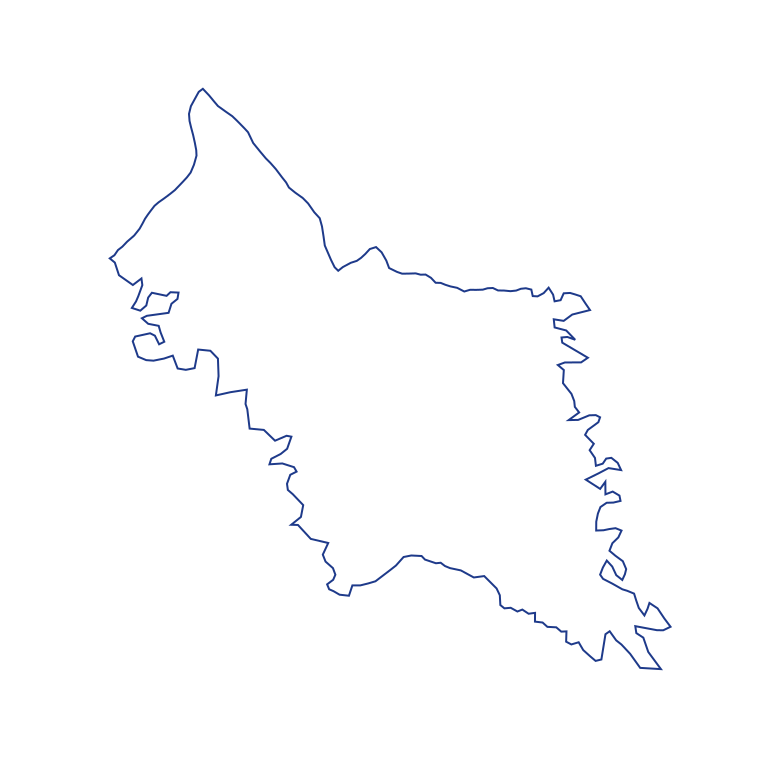 outline of Sananduva, Rio Grande do Sul, Brazil, rotated 174°
{"feature_id": "56859067B37086041685825", "entity_name": "Sananduva", "entity_type": "district", "adm_level": 2, "iso_a3": "BRA", "parent_name": "Brazil", "parent_adm1": "Rio Grande do Sul", "projection": "orthographic", "projection_center": [-51.812, -27.963], "detail": "fine", "context": "isolated", "style": "outline", "palette": "blue", "viewbox_px": 768, "rotation_deg": 174, "n_neighbors": 0, "source": "geoboundaries", "source_scale": "gbopen_adm2", "svg_char_len": 3998}
<svg xmlns="http://www.w3.org/2000/svg" viewBox="0 0 768 768"><g transform="rotate(174 384 384)"><path d="M441.0,177.1L436.5,187.0L428.5,186.2L420.6,187.3L413.1,188.7L397.0,198.5L391.1,202.2L382.6,209.9L374.8,210.6L364.6,209.0L361.6,205.1L351.1,200.3L346.3,200.3L342.4,196.6L337.6,194.0L327.1,190.6L314.9,182.2L304.4,182.5L293.4,168.9L290.9,161.8L291.4,152.0L287.7,148.3L281.4,148.2L275.1,143.8L270.0,145.2L264.2,140.4L257.7,140.6L258.7,131.9L251.2,130.2L246.9,125.4L238.1,124.0L233.6,119.2L228.4,118.9L229.8,108.7L224.9,105.4L217.4,106.8L213.7,98.6L207.3,91.5L202.5,86.5L196.6,87.3L189.9,112.0L185.4,114.5L179.9,104.8L175.1,100.1L167.4,89.9L158.9,74.9L138.4,71.5L149.2,89.9L152.6,104.6L159.1,109.9L159.4,116.9L138.2,110.6L132.0,109.9L124.4,112.6L129.7,121.5L135.4,132.3L142.9,138.5L145.4,132.9L149.2,126.6L154.0,134.6L155.8,142.4L157.2,149.4L163.7,152.9L168.4,154.9L174.0,158.9L177.8,161.6L182.2,164.5L186.5,167.3L189.0,171.8L185.5,178.6L180.9,185.1L176.1,178.6L173.0,169.6L167.5,164.2L164.3,169.6L162.5,174.6L165.0,182.8L171.8,189.0L177.2,194.6L173.5,201.8L167.0,206.9L163.1,213.4L168.8,216.4L175.0,216.2L181.0,215.6L188.3,216.1L187.3,224.9L184.8,232.8L181.6,239.0L175.0,242.6L168.3,242.1L161.0,243.0L161.5,248.4L167.8,253.1L175.3,251.1L174.1,263.6L180.0,257.1L193.3,267.8L180.0,272.7L169.5,276.9L157.2,273.6L159.8,281.1L165.6,286.8L170.8,286.6L174.8,281.9L181.8,280.5L181.9,288.4L186.4,296.7L181.6,302.6L189.3,312.4L186.1,317.0L174.8,323.6L172.6,328.3L176.6,330.9L183.1,331.4L194.6,328.0L204.1,328.8L192.9,335.3L196.6,341.3L196.6,347.2L198.6,354.6L205.9,366.1L203.7,379.1L209.1,384.7L201.9,386.5L185.7,384.9L178.5,388.8L202.4,406.5L202.6,411.7L196.7,411.6L189.2,408.0L197.2,418.2L208.4,422.4L208.4,430.6L198.7,428.0L189.5,433.4L171.4,436.0L175.2,443.0L179.2,450.7L184.8,453.2L189.4,455.1L195.8,455.4L199.6,448.9L205.7,448.4L206.5,455.2L210.2,462.6L215.7,457.7L222.1,455.1L226.9,455.9L227.6,462.5L232.9,464.4L237.9,464.4L242.8,463.1L248.5,463.1L254.9,464.4L260.8,465.1L265.7,468.1L271.0,468.4L275.9,467.5L282.6,468.0L288.5,468.7L294.5,467.6L301.2,472.0L307.7,474.1L312.7,476.3L317.0,478.6L322.1,479.3L326.2,484.7L331.2,488.5L336.2,488.9L340.9,490.7L347.6,491.2L354.4,491.8L359.3,494.1L366.8,498.8L368.8,506.5L372.6,515.2L377.6,521.0L384.0,519.7L389.1,515.2L393.7,511.8L398.2,509.3L404.4,508.0L412.7,504.6L417.7,501.4L420.9,505.3L423.7,512.9L428.4,527.9L428.7,537.0L429.2,547.2L430.6,555.6L435.4,562.1L440.6,571.5L445.3,577.4L452.3,583.6L458.0,589.3L460.3,594.7L463.8,600.2L469.1,609.0L473.7,615.5L477.9,620.7L482.7,627.8L488.9,637.3L492.9,648.6L496.1,652.9L502.6,661.1L506.9,666.2L512.8,671.3L520.1,677.8L523.5,682.8L527.8,689.3L533.3,696.5L537.7,693.9L540.5,689.9L547.0,680.5L549.7,673.0L549.9,665.9L549.0,659.1L547.8,651.5L546.9,643.6L546.3,636.2L546.6,630.7L550.1,621.9L554.2,614.5L558.5,610.0L563.3,605.8L571.7,598.7L577.0,595.3L583.2,591.6L589.1,588.3L593.6,585.2L597.6,581.0L601.1,577.2L604.4,573.3L607.4,568.8L610.8,564.0L616.9,557.8L624.6,552.4L629.9,547.9L634.6,545.0L638.6,540.3L643.6,537.6L639.0,532.9L636.2,519.9L623.4,508.7L614.2,514.3L614.0,507.6L619.2,497.0L622.0,492.0L626.8,486.0L618.7,482.4L612.2,486.9L609.5,494.6L605.3,499.0L591.0,494.4L586.8,497.6L578.8,496.4L580.5,490.2L587.0,486.0L590.8,477.3L612.7,476.6L617.9,474.7L612.2,468.5L602.0,465.4L600.8,458.7L598.1,449.0L603.5,447.0L606.8,456.0L611.3,458.9L626.5,457.2L629.4,452.7L625.8,436.9L618.0,432.6L610.8,431.3L600.1,432.3L591.1,434.3L587.6,421.0L579.6,418.8L570.7,419.6L565.2,437.7L553.2,435.2L546.5,426.6L547.7,409.1L552.4,390.2L537.6,391.9L521.0,392.7L523.8,378.6L522.6,373.2L522.3,353.7L508.3,350.9L498.3,339.0L486.3,342.7L481.6,341.3L487.1,329.7L494.1,325.2L503.9,321.4L506.3,316.1L493.4,315.6L482.2,310.7L480.1,306.0L486.7,303.5L490.9,294.9L490.7,288.7L486.2,283.9L477.0,272.0L480.5,260.5L491.0,253.7L484.3,252.8L473.0,237.6L456.1,231.7L462.7,220.7L460.7,213.5L454.0,206.2L452.3,199.4L455.0,194.6L461.5,190.7L460.0,185.6L455.8,183.2L450.2,179.1L441.0,177.1Z" fill="none" stroke="#1e3a8a" stroke-width="2"/></g></svg>